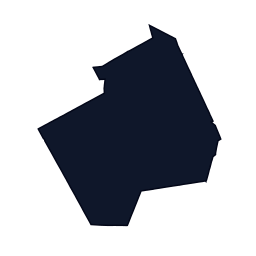 Lenauheim, Timis, Romania, rotated 346°
{"feature_id": "2599482B52113038505236", "entity_name": "Lenauheim", "entity_type": "district", "adm_level": 2, "iso_a3": "ROU", "parent_name": "Romania", "parent_adm1": "Timis", "projection": "orthographic", "projection_center": [20.789, 45.889], "detail": "fine", "context": "isolated", "style": "filled", "palette": "ink", "viewbox_px": 256, "rotation_deg": 346, "n_neighbors": 0, "source": "geoboundaries", "source_scale": "gbopen_adm2", "svg_char_len": 3852}
<svg xmlns="http://www.w3.org/2000/svg" viewBox="0 0 256 256"><g transform="rotate(346 128 128)"><path d="M191.0,198.1L191.5,197.6L192.4,196.0L193.2,194.6L194.5,192.3L195.9,189.7L196.6,188.3L197.8,186.4L199.6,183.1L200.2,181.9L201.4,179.8L201.5,179.8L202.2,178.6L203.4,176.4L203.6,176.3L206.3,175.1L206.7,174.5L206.7,173.9L209.0,168.7L211.4,163.8L212.1,162.4L212.2,162.2L212.3,162.1L215.3,161.2L215.0,158.8L214.3,154.1L213.7,150.1L213.5,148.7L213.2,146.6L212.4,145.5L211.6,144.5L210.2,142.3L212.1,141.9L211.2,137.2L210.5,134.1L210.6,133.7L210.3,132.3L209.8,129.7L209.6,129.1L209.1,126.6L208.8,124.8L208.3,122.2L207.8,119.5L207.7,119.0L207.2,116.5L207.0,115.5L206.6,113.6L206.1,110.7L206.0,110.2L205.5,108.1L205.4,107.1L205.0,105.5L204.5,103.0L204.3,101.7L203.9,100.0L203.6,98.4L203.4,97.2L203.2,96.2L202.8,94.4L202.5,92.9L202.3,91.4L202.1,90.2L201.9,89.5L201.6,87.7L201.5,87.1L201.2,86.0L200.9,84.5L200.7,83.5L200.3,81.4L200.1,80.3L199.7,78.3L199.5,77.2L199.2,75.4L199.0,74.6L198.5,72.1L198.3,70.7L198.1,69.8L198.3,69.6L198.2,69.6L198.1,69.4L198.0,69.2L197.9,68.5L197.4,66.1L197.3,65.6L197.2,65.5L197.2,65.3L197.1,64.6L196.8,63.2L196.7,62.6L196.5,61.4L196.3,60.8L196.2,60.3L196.2,59.9L196.1,59.0L196.0,57.6L196.0,56.7L195.9,56.5L195.9,55.9L195.8,55.5L195.8,55.0L195.7,54.3L195.6,52.9L195.2,52.5L194.2,51.7L192.5,50.1L192.0,49.7L190.9,48.8L189.8,47.8L188.7,46.8L186.8,45.2L185.6,44.1L184.1,42.8L183.2,42.0L181.0,40.0L179.9,39.1L178.1,37.5L176.5,36.1L174.9,34.7L174.1,34.1L173.7,33.7L173.7,34.6L173.7,37.4L173.8,40.2L173.8,43.0L173.9,44.8L173.9,45.6L173.9,46.6L173.7,46.7L171.7,47.2L170.6,47.5L168.4,48.1L167.1,48.5L165.8,48.8L162.6,49.7L161.0,50.1L157.8,50.9L155.2,51.6L153.4,52.1L151.9,52.5L148.8,53.3L147.6,53.6L146.9,53.6L145.9,53.8L145.9,54.0L144.3,54.4L143.7,54.6L142.6,54.9L141.5,55.3L140.8,55.5L140.0,55.7L137.3,56.4L135.5,56.9L132.5,57.7L131.5,57.9L131.0,58.1L128.1,59.0L125.6,59.7L123.9,60.3L122.0,60.9L119.3,61.7L118.4,62.0L117.4,62.0L116.9,62.0L115.4,61.7L114.3,61.6L112.9,61.4L111.2,61.1L110.4,61.0L109.5,60.8L108.9,60.8L109.6,63.5L110.3,66.3L110.5,67.1L111.0,69.2L111.7,71.9L112.0,73.2L112.1,74.1L113.2,74.2L114.1,74.4L114.6,74.5L115.2,74.7L116.0,74.8L116.9,75.0L117.6,75.1L117.6,75.3L117.4,75.8L116.4,78.5L115.8,80.0L115.3,81.4L115.1,82.1L114.5,83.6L114.3,84.5L114.1,85.7L113.5,88.5L96.1,93.0L93.9,93.5L90.9,94.3L89.2,94.8L88.0,95.1L85.5,95.7L83.5,96.2L81.8,96.7L80.1,97.1L78.1,97.6L76.1,98.2L74.6,98.5L72.7,99.0L71.6,99.3L70.5,99.6L69.3,100.0L67.9,100.3L66.7,100.6L65.7,100.8L63.9,101.2L63.1,101.5L60.7,102.1L58.8,102.5L56.7,103.1L53.3,103.9L51.3,104.5L48.3,105.2L45.7,105.9L44.5,106.2L42.4,106.7L40.7,107.2L40.8,107.8L41.5,110.4L43.4,117.7L43.5,118.0L44.3,118.8L44.2,120.4L45.4,124.7L46.8,129.9L47.9,133.8L48.9,137.6L50.0,141.8L51.0,145.5L51.9,148.7L52.1,149.3L52.1,149.5L52.2,149.8L52.7,151.5L52.9,152.3L53.5,154.5L53.8,155.7L54.1,156.9L54.6,158.8L54.8,159.5L55.3,161.4L55.5,161.9L56.1,164.3L56.1,164.5L56.8,166.9L57.4,169.4L58.0,171.9L58.4,173.2L58.7,174.3L59.4,176.8L59.8,178.3L60.0,179.1L60.4,180.4L60.7,181.7L61.3,184.1L62.0,186.7L62.7,189.3L63.4,191.9L64.1,194.6L64.7,197.2L65.4,199.8L66.1,202.4L66.8,205.0L67.5,207.6L68.2,210.2L68.8,212.7L73.3,214.1L77.4,215.4L81.9,216.7L84.7,217.5L88.7,218.5L91.4,219.1L95.8,220.3L96.7,220.5L99.8,221.3L103.0,222.2L103.8,222.3L106.2,219.0L107.1,217.7L108.8,215.3L111.1,212.1L113.2,209.3L113.4,209.0L115.6,205.9L118.0,202.6L120.0,199.8L122.1,196.8L122.4,196.5L124.6,193.4L125.3,192.4L125.5,192.2L128.3,192.5L131.5,192.7L131.5,192.8L133.5,193.0L137.7,193.4L138.7,193.4L143.1,193.8L143.9,193.9L149.1,194.3L154.4,194.8L157.8,195.1L159.6,195.3L162.6,195.6L164.2,195.7L164.2,195.8L165.9,195.9L168.2,196.0L171.7,196.4L172.9,196.5L177.2,196.9L178.2,197.0L181.9,197.3L183.1,197.4L187.6,197.9L188.3,197.9L190.4,198.1L190.7,198.7L191.0,198.1Z" fill="#0f172a" stroke="#020617" stroke-width="1.5"/></g></svg>